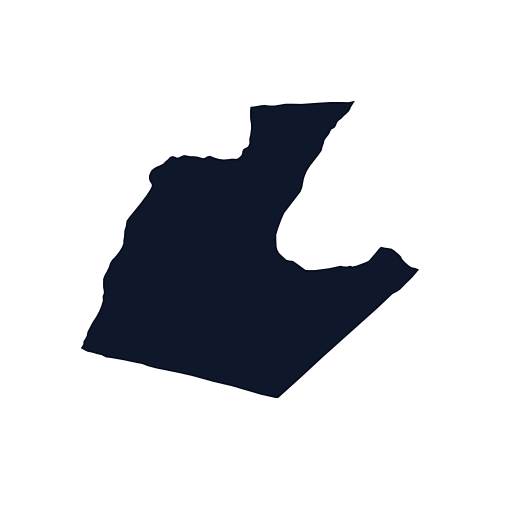 the district of Lopè, Ogooué-Ivindo, Gabon, rotated 39°
{"feature_id": "22940354B97125723234680", "entity_name": "Lopè", "entity_type": "district", "adm_level": 2, "iso_a3": "GAB", "parent_name": "Gabon", "parent_adm1": "Ogooué-Ivindo", "projection": "equal_earth", "projection_center": [11.763, -0.029], "detail": "fine", "context": "isolated", "style": "filled", "palette": "ink", "viewbox_px": 512, "rotation_deg": 39, "n_neighbors": 0, "source": "geoboundaries", "source_scale": "gbopen_adm2", "svg_char_len": 2856}
<svg xmlns="http://www.w3.org/2000/svg" viewBox="0 0 512 512"><g transform="rotate(39 256 256)"><path d="M181.7,175.6L181.2,177.7L180.2,179.5L179.8,181.0L180.1,182.7L180.8,183.8L181.7,185.4L182.0,187.5L181.7,189.6L181.4,191.2L180.5,193.2L176.6,196.0L174.6,198.2L170.7,201.9L166.8,204.4L162.6,206.2L157.5,207.8L155.9,210.0L155.2,212.3L153.9,213.9L148.2,216.4L145.3,218.2L142.2,220.7L139.0,222.3L137.1,223.4L136.0,225.3L134.8,228.0L133.9,229.3L132.4,230.3L130.6,230.6L128.9,231.4L127.6,233.3L127.5,236.2L126.8,239.6L126.6,242.6L125.8,244.6L124.6,247.1L123.3,249.3L122.3,252.0L121.6,255.2L122.1,257.8L123.0,260.6L124.7,262.7L126.5,264.0L129.5,265.0L130.9,265.6L131.9,267.5L132.7,270.8L133.4,277.6L133.8,287.8L133.8,299.3L133.8,305.8L134.0,309.7L134.8,311.3L136.7,314.3L138.4,318.7L141.9,323.6L143.7,326.9L145.8,329.5L147.0,333.5L147.7,338.4L147.8,343.0L147.7,346.3L147.3,349.6L147.8,353.1L149.3,356.8L150.5,362.0L151.1,365.9L152.3,369.6L154.9,373.0L157.5,376.1L160.3,378.5L162.0,380.5L162.7,383.3L165.8,386.7L168.0,392.2L169.6,397.6L170.7,403.5L171.3,409.6L172.4,415.5L173.5,420.8L175.5,424.6L176.1,428.3L176.4,430.7L177.3,431.9L178.2,433.4L178.5,437.0L182.0,436.4L185.0,435.7L187.6,434.3L190.6,432.9L193.6,431.7L198.0,429.5L202.9,428.5L207.2,425.8L211.7,423.3L218.9,419.3L223.5,417.0L230.1,413.6L235.1,410.9L241.2,408.9L241.4,408.8L249.4,405.2L267.9,395.5L281.4,388.8L302.1,379.8L318.8,371.7L330.1,367.0L347.3,359.8L360.3,353.3L361.9,352.0L366.7,321.4L371.0,291.6L375.8,262.0L382.6,219.9L385.3,199.3L387.2,195.2L388.4,191.2L389.2,182.6L389.6,179.7L390.2,174.2L390.4,167.4L390.4,164.9L387.4,165.9L384.2,167.6L380.7,168.0L375.5,167.8L370.7,167.0L369.2,166.0L366.4,165.6L359.9,165.4L356.8,165.8L353.0,168.0L351.3,169.1L348.0,170.7L347.7,173.0L347.7,178.4L347.4,188.5L346.4,191.2L340.8,200.7L338.0,204.2L335.8,204.9L333.9,207.5L330.9,209.7L328.3,211.0L321.0,220.1L310.9,230.7L306.7,234.1L303.6,236.4L299.9,236.6L293.7,236.9L288.1,237.3L285.4,239.0L282.1,240.6L276.6,240.3L272.0,239.9L268.3,238.4L265.5,236.2L261.6,231.8L257.8,227.3L255.7,222.3L254.1,217.9L251.7,210.6L250.2,204.9L250.0,197.9L249.5,178.3L248.2,174.0L246.2,170.4L243.7,165.7L242.4,161.8L241.3,157.9L240.8,153.9L240.5,150.2L240.5,147.3L240.4,143.5L240.3,138.2L240.0,133.1L238.2,129.2L236.9,125.6L235.8,123.5L235.5,121.5L235.4,120.4L235.4,116.6L235.1,114.3L234.5,112.4L234.2,110.0L235.1,108.0L235.6,106.4L235.2,104.1L234.5,102.2L234.2,100.2L234.5,97.9L235.2,95.5L235.4,92.1L236.0,88.7L236.4,85.3L236.0,82.6L235.3,80.3L234.9,76.7L234.7,75.0L231.7,78.8L228.9,80.9L224.5,84.3L217.7,89.8L208.6,98.1L196.1,109.8L188.2,115.9L183.6,119.7L176.3,127.9L171.7,131.6L168.3,133.6L165.4,136.4L163.3,138.9L160.7,141.8L158.8,143.6L159.7,145.1L161.3,147.3L165.5,152.4L169.3,155.8L172.5,159.5L176.2,165.6L177.9,169.1L180.6,172.1L181.4,174.6L181.7,175.6Z" fill="#0f172a" stroke="#020617" stroke-width="1.5"/></g></svg>